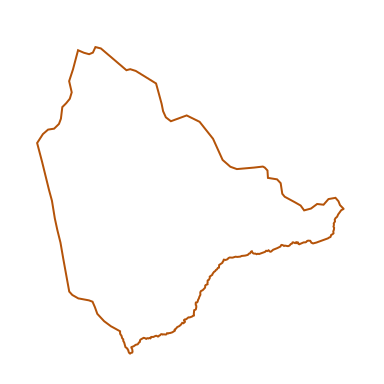 outline of Kadei, Est, Cameroon, rotated 84°
{"feature_id": "32672807B29047919086815", "entity_name": "Kadei", "entity_type": "district", "adm_level": 2, "iso_a3": "CMR", "parent_name": "Cameroon", "parent_adm1": "Est", "projection": "orthographic", "projection_center": [14.712, 4.477], "detail": "fine", "context": "isolated", "style": "outline", "palette": "amber", "viewbox_px": 384, "rotation_deg": 84, "n_neighbors": 0, "source": "geoboundaries", "source_scale": "gbopen_adm2", "svg_char_len": 3664}
<svg xmlns="http://www.w3.org/2000/svg" viewBox="0 0 384 384"><g transform="rotate(84 192 192)"><path d="M324.7,278.3L324.8,278.2L325.1,278.2L326.1,278.1L327.4,277.2L330.2,276.7L331.3,275.8L333.0,275.9L334.5,275.2L339.3,274.4L341.0,272.6L341.9,272.5L342.7,271.9L344.2,271.8L345.6,271.2L346.2,270.5L345.6,269.4L345.4,268.2L344.4,267.8L342.0,267.9L340.5,268.6L339.9,268.4L339.3,266.1L338.1,264.0L337.8,262.0L336.9,261.0L336.2,260.7L335.6,259.5L334.1,259.2L333.4,258.6L332.0,255.4L332.2,254.5L332.3,254.3L333.3,252.9L332.7,251.8L333.1,250.8L332.7,249.6L333.2,248.7L332.8,248.2L332.1,248.0L331.9,247.6L332.1,245.5L331.3,243.3L331.3,242.3L332.2,241.0L332.1,240.4L331.4,239.7L331.1,238.7L330.3,237.8L330.2,236.8L330.7,236.1L330.6,234.9L330.9,233.6L331.0,233.0L330.9,232.4L329.8,231.5L330.2,230.5L329.9,229.7L330.0,228.7L329.5,226.3L328.2,223.6L327.7,223.4L327.3,223.7L326.8,223.3L326.3,222.3L324.8,220.8L324.0,218.6L322.7,216.8L321.1,215.4L321.4,214.6L321.6,214.2L320.8,213.0L320.4,212.6L319.9,212.6L319.1,213.4L318.4,213.2L318.0,212.5L317.9,211.0L316.4,208.8L316.3,208.1L316.5,207.4L315.8,204.8L315.1,203.8L315.2,203.2L314.8,202.9L313.2,202.9L312.2,202.7L309.8,202.2L309.4,200.8L308.8,200.3L307.1,199.8L306.6,199.7L305.1,199.7L304.6,200.1L302.7,199.9L302.2,199.5L302.3,198.5L301.7,197.9L300.4,197.4L299.8,197.2L298.6,196.3L297.1,195.7L295.1,194.4L293.0,194.3L292.0,193.9L291.3,193.2L290.8,191.7L288.8,189.3L287.9,188.8L286.6,188.7L286.0,188.2L285.4,186.2L284.2,186.2L283.7,185.9L282.0,185.8L281.5,185.5L281.1,184.4L279.4,183.3L278.0,183.2L276.5,180.5L275.4,180.0L273.7,178.4L273.1,177.2L272.1,176.4L272.0,176.2L271.6,175.3L270.3,174.3L270.0,173.1L267.4,172.6L265.6,169.2L264.7,168.8L264.2,168.1L263.3,167.9L262.6,167.4L263.1,165.7L262.6,163.8L261.5,162.6L261.1,161.5L261.5,158.4L260.9,155.5L261.3,153.7L261.3,150.7L260.8,149.4L260.8,145.8L260.4,143.1L259.3,141.9L259.1,140.8L257.5,139.5L257.2,138.7L258.6,138.2L259.4,137.5L259.5,137.4L259.8,136.6L259.9,135.3L260.6,134.3L260.3,132.9L260.7,131.8L259.2,125.7L258.2,124.4L258.6,123.3L258.0,121.9L259.2,121.0L259.6,120.3L259.5,119.6L257.9,117.3L257.6,116.2L256.7,113.0L255.5,109.8L254.2,108.9L254.0,108.3L254.4,107.2L255.3,106.1L255.0,105.3L255.9,102.2L255.5,100.7L254.1,99.2L253.7,97.9L252.7,97.3L252.6,96.8L253.2,95.6L253.6,94.8L252.8,93.6L252.9,93.1L253.7,93.3L253.9,92.9L253.7,92.6L253.4,92.3L253.4,91.8L254.9,91.3L255.2,90.8L253.8,86.3L253.9,84.4L253.7,83.7L252.8,82.7L252.5,81.6L252.9,79.5L255.0,78.5L255.3,77.8L255.8,77.0L255.2,73.1L255.1,72.9L252.3,61.6L251.8,60.8L251.2,59.0L249.2,58.0L248.6,56.5L247.9,55.6L245.9,55.6L244.3,54.8L243.4,54.6L242.4,54.4L241.3,54.9L239.6,54.3L238.0,54.3L236.3,52.9L234.3,52.9L233.0,52.0L231.8,50.3L231.5,50.1L229.6,49.0L225.7,45.5L224.8,43.2L224.4,43.1L220.5,46.2L216.5,47.3L212.8,49.9L213.3,57.0L218.4,62.5L217.0,68.8L220.9,75.4L222.0,82.4L216.8,85.4L213.0,90.7L206.4,100.3L203.2,102.4L192.5,102.9L188.3,106.1L185.9,115.0L178.5,114.7L175.3,117.1L174.1,118.9L174.2,127.8L173.9,145.0L170.9,151.2L163.3,158.2L141.3,165.5L123.0,177.1L115.3,189.3L119.4,205.6L115.0,210.2L108.6,212.3L101.1,213.0L89.4,214.9L80.3,216.4L65.7,235.3L64.7,237.6L63.4,240.6L64.0,244.5L39.7,267.6L37.8,272.9L43.0,276.0L44.2,279.9L42.2,285.0L39.1,290.5L57.5,297.5L68.9,302.6L80.3,301.2L85.8,303.5L86.6,303.9L90.6,307.9L94.0,312.1L104.5,314.5L105.4,314.7L110.4,317.2L114.6,322.5L114.9,328.6L118.8,334.2L127.1,340.9L146.6,337.9L175.0,334.0L186.1,332.2L203.8,331.2L215.7,329.9L228.6,328.1L245.0,327.0L278.2,324.5L281.9,321.8L286.0,316.1L286.2,315.2L289.0,305.8L290.7,302.4L296.4,300.6L303.3,298.9L311.3,292.9L317.2,286.5L317.9,285.4L323.0,278.1L324.7,278.3Z" fill="none" stroke="#b45309" stroke-width="2"/></g></svg>